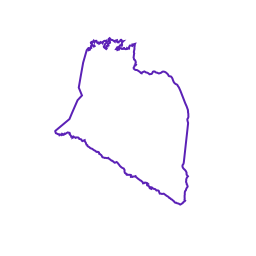 the district of Coribe, Bahia, Brazil, rotated 239°
{"feature_id": "56859067B8540016804066", "entity_name": "Coribe", "entity_type": "district", "adm_level": 2, "iso_a3": "BRA", "parent_name": "Brazil", "parent_adm1": "Bahia", "projection": "albers", "projection_center": [-44.348, -13.779], "detail": "fine", "context": "isolated", "style": "outline", "palette": "violet", "viewbox_px": 256, "rotation_deg": 239, "n_neighbors": 0, "source": "geoboundaries", "source_scale": "gbopen_adm2", "svg_char_len": 5928}
<svg xmlns="http://www.w3.org/2000/svg" viewBox="0 0 256 256"><g transform="rotate(239 128 128)"><path d="M216.3,133.5L215.9,132.6L207.1,123.2L197.5,114.8L188.8,107.3L188.0,106.6L179.6,105.3L177.8,99.1L175.1,95.3L169.4,87.3L165.8,82.4L163.0,64.3L162.4,63.8L161.6,63.7L160.7,63.5L160.0,64.1L159.0,64.6L158.2,65.6L157.3,65.5L157.5,66.3L157.1,66.9L156.3,67.1L156.4,67.9L157.0,68.5L156.4,69.0L155.7,68.6L155.3,69.3L155.4,70.2L155.8,70.8L155.2,71.3L155.3,72.2L155.3,73.1L155.2,74.2L154.4,74.7L154.0,75.4L153.3,75.4L152.6,74.7L151.4,75.0L150.3,75.1L149.7,74.8L149.3,75.3L149.0,76.3L148.2,75.5L148.1,76.5L147.6,77.6L146.5,78.0L146.5,78.9L145.5,80.4L144.7,80.7L143.7,80.6L143.1,81.3L142.2,82.1L140.9,81.9L140.1,82.4L140.1,83.4L139.9,84.6L139.0,84.2L138.0,84.2L136.9,84.2L136.1,84.0L135.1,83.8L134.3,84.3L133.2,84.0L132.5,84.4L131.8,84.8L131.1,85.1L130.2,85.3L129.4,85.9L128.6,86.6L127.0,87.2L126.0,87.7L125.2,88.3L124.1,88.5L123.3,89.1L123.2,89.8L122.5,90.4L121.8,90.5L120.7,90.0L120.1,90.6L119.4,90.7L118.7,91.1L117.7,91.2L116.9,91.0L116.0,91.1L115.2,92.0L114.4,92.5L114.1,93.2L113.4,94.0L112.7,94.8L112.6,95.7L111.4,95.9L110.4,96.4L109.3,96.8L108.4,97.1L107.9,97.8L107.2,97.9L106.3,98.3L105.2,98.6L104.9,99.2L104.8,100.0L104.7,100.7L103.7,101.1L102.7,101.2L101.4,101.4L100.1,101.5L99.2,101.6L98.6,101.9L97.9,102.0L96.9,102.5L95.4,103.5L94.4,103.4L93.7,103.4L93.0,102.9L92.3,102.5L91.1,102.2L90.3,102.6L89.6,103.1L89.0,102.7L88.3,103.0L88.0,103.8L87.4,104.6L86.8,105.7L86.1,106.3L85.5,105.8L84.6,105.3L84.2,106.0L83.8,106.5L84.0,107.2L83.5,107.7L83.1,108.6L82.9,109.7L81.9,109.6L81.1,109.9L80.3,110.2L79.3,110.5L77.5,111.3L76.6,111.6L75.9,112.2L75.1,112.3L74.1,112.7L72.8,112.4L72.4,113.4L72.5,114.5L71.9,115.0L71.4,115.7L70.8,116.1L69.8,116.4L69.9,115.3L69.0,114.9L68.4,115.3L67.7,115.9L66.7,115.9L66.0,116.4L65.6,115.7L64.9,115.8L64.1,116.4L64.7,116.7L65.2,117.4L64.5,118.0L63.7,118.2L63.0,118.3L62.5,118.9L61.9,119.6L61.0,120.0L59.8,120.2L59.4,121.0L59.0,121.6L58.2,122.0L57.2,121.7L56.3,121.6L55.4,121.4L54.8,122.4L54.0,123.1L53.6,124.0L53.3,124.8L52.3,125.2L51.3,125.7L50.3,126.0L49.4,126.5L48.7,126.9L47.7,127.3L46.6,127.4L45.9,128.1L44.9,128.2L43.9,128.9L43.0,129.1L42.2,129.4L41.3,129.7L40.4,129.7L39.5,130.1L39.2,130.8L38.2,131.3L37.6,132.0L36.9,132.6L36.2,132.9L35.5,133.3L35.4,134.2L35.5,135.1L35.4,136.1L35.8,136.8L36.0,137.8L36.0,138.8L36.3,139.6L37.3,139.4L37.9,139.9L38.4,140.3L39.1,140.6L39.7,141.0L40.8,141.6L41.7,142.4L42.6,142.9L43.2,143.3L43.9,143.8L44.5,144.5L44.8,145.5L45.5,146.2L46.2,147.1L46.6,148.0L47.0,148.9L47.8,149.2L48.6,149.4L49.4,149.3L50.3,149.8L51.2,149.8L52.1,150.1L52.8,150.8L53.5,151.1L54.1,151.6L54.6,152.2L55.1,152.9L55.5,153.8L55.7,154.5L56.6,154.4L57.7,154.2L58.7,154.6L59.3,155.1L60.3,155.3L61.2,155.4L62.0,155.3L62.9,155.2L63.7,154.9L64.6,154.7L65.8,154.6L66.7,154.8L67.4,155.1L68.1,155.7L68.4,156.6L69.3,157.7L70.8,158.9L73.7,161.1L83.3,168.4L93.0,175.8L100.9,181.8L101.8,182.3L102.5,182.4L104.0,182.9L105.0,183.4L105.5,184.4L106.1,185.2L106.9,185.8L107.9,186.3L108.7,186.8L109.5,187.2L110.3,187.4L111.0,187.9L111.7,188.1L112.4,188.6L116.4,189.4L118.9,189.7L120.3,189.9L121.5,190.1L122.5,190.3L133.0,192.1L133.9,192.2L136.3,192.5L137.1,192.5L138.2,192.4L139.4,192.5L140.2,192.2L141.2,191.5L142.5,191.0L144.1,190.9L146.5,191.3L147.2,191.5L148.3,191.6L149.4,191.5L150.1,191.3L150.6,190.7L151.3,189.9L152.0,189.7L153.2,189.9L154.4,189.6L155.8,189.2L157.1,188.5L157.9,187.7L158.4,186.9L158.5,186.0L158.3,185.0L158.5,183.8L158.8,182.6L159.6,182.0L160.6,181.3L161.0,180.7L161.8,180.2L162.5,180.1L163.2,179.3L163.4,178.3L162.9,177.6L162.5,176.9L162.2,176.1L162.6,175.1L163.0,174.1L164.0,173.8L164.9,173.4L165.6,172.9L166.4,172.0L167.5,171.5L168.1,171.1L168.2,170.0L168.4,168.8L167.8,167.9L168.4,167.4L169.4,167.2L170.6,166.8L171.5,166.3L172.3,166.0L173.1,165.5L173.7,164.6L174.6,163.9L175.9,163.5L176.9,164.0L177.3,165.0L178.2,165.9L177.8,166.8L178.2,167.6L179.1,167.3L179.7,167.7L180.1,168.4L181.1,168.8L181.8,168.9L182.8,168.9L183.6,168.5L184.7,168.9L185.6,169.1L186.4,169.8L187.3,170.5L188.1,171.1L188.8,171.8L189.6,171.9L190.6,172.5L191.1,173.1L191.6,173.4L192.1,174.0L193.0,174.6L193.8,175.0L194.6,175.7L195.2,176.2L195.9,176.6L196.5,177.4L196.7,176.7L196.8,176.0L197.3,174.9L196.3,174.6L196.1,173.9L196.7,173.6L197.2,173.0L197.7,172.1L197.1,170.9L196.3,170.3L195.7,169.9L196.2,169.5L196.0,168.7L197.0,168.3L196.4,167.5L196.7,166.7L197.2,166.3L197.7,165.7L198.5,165.9L198.8,165.2L198.4,164.3L199.0,163.4L200.0,163.2L200.5,162.4L200.2,161.3L199.8,160.6L200.2,159.8L200.3,159.0L201.4,159.2L201.8,158.5L202.2,159.3L202.7,160.4L201.9,160.8L202.3,161.8L202.4,162.9L202.9,163.5L202.9,164.2L202.2,164.5L201.7,165.0L202.2,165.7L202.9,166.0L203.9,166.3L204.5,167.3L204.8,168.6L205.2,167.5L206.1,167.7L207.0,167.7L207.3,167.1L206.6,166.4L206.7,165.5L206.8,164.7L206.2,164.1L206.7,163.3L207.6,163.0L208.4,163.3L209.0,163.7L209.3,162.6L209.5,161.6L208.8,161.1L209.9,160.6L210.6,160.4L211.4,160.0L211.8,159.4L212.5,159.0L212.9,158.3L213.8,158.7L214.5,158.5L214.3,157.5L214.0,156.8L213.1,156.5L212.3,156.1L211.7,157.0L210.7,156.8L210.2,156.1L210.4,155.1L210.3,154.1L208.9,153.8L209.2,153.1L208.6,152.6L209.2,152.1L208.7,151.1L207.9,150.7L207.1,150.7L206.9,150.0L207.8,149.7L208.6,149.3L209.7,149.0L210.4,149.3L210.7,150.4L211.3,150.9L211.9,151.8L212.2,153.2L212.4,154.1L214.1,154.4L214.2,153.5L214.8,152.8L214.9,152.1L214.7,151.1L213.8,150.0L214.8,150.0L214.9,149.0L215.8,148.8L215.8,148.0L215.1,147.4L215.1,146.7L215.8,146.9L216.6,146.6L216.6,145.6L217.7,145.6L219.0,145.8L219.4,145.0L219.1,144.3L218.7,143.4L219.7,143.6L220.6,143.6L220.3,142.8L219.9,142.0L220.6,141.1L220.4,140.2L219.7,139.9L219.0,140.6L217.9,139.9L217.6,139.0L217.2,138.3L216.4,138.0L215.5,137.7L215.5,136.5L214.7,135.6L214.9,134.6L215.7,135.2L216.4,136.0L216.9,135.3L216.6,134.4L216.3,133.5ZM217.2,140.4L216.5,140.9L216.2,141.6L215.4,141.6L215.4,140.6L216.1,140.3L217.2,140.4Z" fill="none" stroke="#5b21b6" stroke-width="2"/></g></svg>